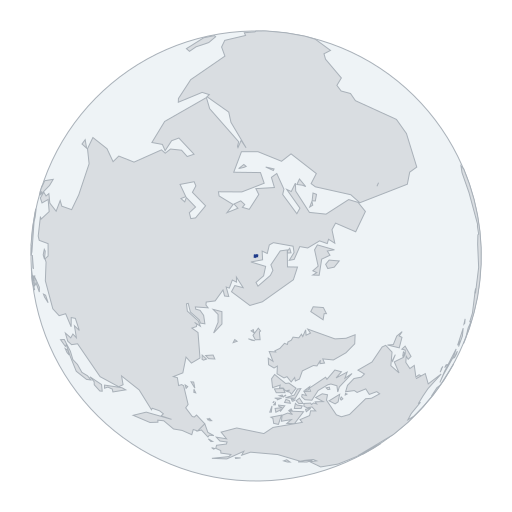 globe centered on Tartu, rotated 185°
{"feature_id": "EST-1659", "entity_name": "Tartu", "entity_type": "County", "adm_level": 1, "iso_a3": "EST", "parent_name": "Estonia", "parent_adm1": "", "projection": "orthographic", "projection_center": [26.767, 58.415], "detail": "fine", "context": "on_globe", "style": "filled", "palette": "blue", "viewbox_px": 512, "rotation_deg": 185, "n_neighbors": 0, "source": "natural_earth", "source_scale": "10m", "svg_char_len": 11558}
<svg xmlns="http://www.w3.org/2000/svg" viewBox="0 0 512 512"><g transform="rotate(185 256 256)"><circle cx="256" cy="256" r="225" fill="#eef3f6" stroke="#a8b0b8"/><path d="M103.4,90.3L103.6,90.1L136.9,66.1L115.1,80.2L122.3,74.7L132.7,67.6L131.3,68.7L145.2,61.4L156.1,55.9L173.2,51.5L184.2,55.7L177.8,57.2L181.2,58.3L189.5,56.7L194.1,55.4L217.0,60.1L244.3,60.1L252.9,56.3L251.1,60.4L267.4,51.3L282.3,50.6L265.5,53.8L263.7,56.1L273.8,56.6L274.2,59.1L279.3,60.9L278.8,64.0L269.1,66.1L268.6,68.2L275.8,68.5L279.8,72.1L269.4,71.3L275.4,77.5L260.2,83.0L232.7,79.8L224.1,86.7L195.4,94.3L197.9,96.8L188.7,101.7L188.1,106.5L183.0,106.9L187.0,110.5L191.8,109.2L195.2,110.5L195.3,113.3L188.8,114.2L187.8,112.9L185.9,114.6L182.6,113.9L184.3,115.9L176.3,116.8L184.3,120.2L178.0,124.5L172.7,124.0L173.2,118.5L162.1,104.8L156.9,103.3L149.0,106.3L134.3,123.4L128.6,124.3L120.8,129.5L123.9,131.4L131.1,128.0L135.1,133.2L143.4,128.9L146.3,130.5L154.9,128.6L153.6,135.1L147.7,142.5L140.5,144.5L137.7,147.9L144.5,151.2L131.2,160.5L122.4,176.4L119.0,178.3L112.1,172.1L112.1,158.5L103.3,152.0L109.0,162.6L100.2,167.9L98.8,171.6L99.2,175.3L102.6,175.9L99.6,179.2L92.8,169.5L95.4,166.4L97.6,169.3L97.5,163.1L92.9,157.3L88.8,160.8L86.2,149.4L83.2,151.9L81.0,151.0L85.9,147.7L77.1,153.6L73.3,143.6L61.2,154.6L73.1,138.9L77.4,131.2L81.5,123.0L79.4,124.6L87.6,112.6L90.4,106.1L84.7,110.1L76.5,119.9L68.1,132.1L68.7,132.3L64.3,140.6L60.8,143.7L52.0,161.1L49.7,165.6L57.9,148.8L67.4,132.8L78.2,117.7L90.2,103.4L103.4,90.3ZM41.7,186.6L39.5,193.7L39.5,195.2L38.4,202.8L36.0,209.5L37.3,209.2L35.4,218.1L34.7,238.5L34.1,238.4L33.2,264.0L36.2,286.9L36.8,296.4L36.1,297.2L38.0,304.9L38.1,307.1L49.3,337.6L58.0,356.9L59.7,363.7L56.4,360.4L56.9,361.4L49.8,346.7L43.7,331.4L38.8,315.8L35.0,299.9L32.4,283.7L31.0,267.4L30.8,251.0L31.7,234.6L33.9,218.4L37.2,202.3L41.7,186.6ZM58.3,157.0L48.5,180.9L50.9,170.7L51.0,171.8L54.1,164.9L58.9,154.2L61.8,146.0L58.3,157.0ZM61.0,160.0L62.4,156.3L61.5,159.5L61.0,160.0ZM196.1,54.5L189.6,56.5L182.0,57.2L187.3,55.2L196.1,54.5ZM210.6,54.3L207.6,55.7L204.1,53.7L206.9,53.5L210.6,54.3ZM259.0,53.3L253.7,53.5L258.7,52.5L259.0,53.3ZM280.1,60.6L281.4,59.9L283.5,61.2L280.1,60.6ZM155.0,125.3L154.9,126.9L153.3,126.4L155.0,125.3ZM158.8,123.0L157.0,121.3L158.6,119.9L159.6,121.0L158.8,123.0ZM284.7,67.2L287.6,69.7L283.0,67.5L284.7,67.2ZM160.6,125.5L161.5,117.8L164.3,115.6L170.6,118.1L160.6,125.5ZM288.1,71.5L295.2,77.9L298.9,76.6L292.4,84.4L288.6,76.1L282.3,73.4L286.9,73.4L288.1,71.5ZM193.3,107.6L188.2,109.1L192.3,105.3L193.3,107.6ZM195.1,105.0L203.1,92.3L210.7,91.9L206.5,96.1L216.3,93.6L216.1,99.6L210.7,102.3L205.8,101.3L209.5,104.4L195.1,105.0ZM287.7,87.8L288.0,89.8L285.8,88.1L287.7,87.8ZM196.9,110.7L197.8,108.1L204.5,107.4L203.9,112.6L201.9,111.1L196.9,110.7ZM219.0,90.2L223.8,90.8L225.0,95.7L227.1,96.7L216.8,99.7L219.0,90.2ZM200.4,112.7L203.4,115.3L200.3,118.2L196.4,113.2L200.4,112.7ZM206.5,105.1L209.6,105.1L207.7,106.8L206.5,105.1ZM191.2,130.5L192.2,127.1L195.7,126.5L191.2,130.5ZM204.7,116.0L205.7,115.0L207.2,114.5L208.4,116.7L204.7,116.0ZM218.3,103.1L217.8,105.1L222.6,102.1L223.7,105.8L216.6,107.2L220.1,108.2L220.5,109.4L214.3,109.3L218.3,103.1ZM214.3,117.4L205.7,120.8L203.1,127.1L199.8,127.8L204.6,117.6L214.3,117.4ZM214.8,112.6L213.7,115.7L210.3,114.9L208.9,112.3L214.8,112.6ZM227.0,108.0L227.1,101.8L228.7,101.7L227.0,108.0ZM214.2,119.4L216.3,118.5L214.4,119.9L214.2,119.4ZM223.8,111.6L223.7,109.4L225.4,109.3L223.8,111.6ZM220.6,118.8L217.8,119.8L216.7,118.0L220.6,118.8ZM222.6,115.6L225.0,116.1L218.0,116.7L222.2,114.6L222.6,115.6ZM225.5,111.9L226.5,111.2L225.3,112.9L225.5,111.9ZM226.1,125.2L217.5,126.4L215.2,122.4L223.9,121.6L226.1,125.2ZM226.5,479.3L215.8,477.1L199.7,467.3L205.9,463.4L203.9,458.1L186.5,440.8L190.3,433.0L185.6,427.8L176.0,426.1L170.5,419.4L164.6,417.3L128.0,404.3L116.8,391.1L103.6,358.6L110.2,352.9L111.5,340.7L157.2,318.1L166.9,325.3L202.9,330.1L207.4,332.9L203.1,343.4L230.0,360.8L238.8,352.6L263.2,360.1L279.6,358.6L285.5,337.5L258.8,339.5L254.2,329.2L275.7,318.6L299.0,316.7L298.0,312.6L283.3,305.3L288.7,296.6L278.2,302.0L282.4,305.9L276.0,309.6L271.7,306.3L273.8,303.3L266.8,301.9L258.6,317.5L262.0,323.1L243.6,325.8L247.5,335.7L242.5,340.0L234.0,325.0L234.8,319.6L219.0,301.7L216.4,307.5L231.2,325.0L226.5,323.3L223.1,332.0L222.1,324.1L206.6,304.1L189.9,303.8L168.6,320.3L159.0,318.3L150.9,309.9L158.8,288.8L179.6,295.7L182.6,288.8L178.6,275.6L185.2,279.0L186.1,274.6L194.0,276.6L205.2,268.5L213.2,269.2L217.7,255.9L222.5,254.6L218.4,262.8L219.9,269.0L239.8,270.8L243.7,268.2L245.0,259.5L250.3,261.4L249.1,252.8L260.6,249.6L245.5,246.5L246.7,236.9L253.7,229.7L251.4,226.1L240.0,237.9L237.9,243.2L240.4,248.5L232.3,263.2L225.4,264.8L223.7,247.9L213.7,248.6L216.7,235.6L245.7,210.9L257.8,206.2L277.3,218.3L274.5,224.7L266.0,223.3L273.7,233.3L273.1,228.3L277.5,230.0L279.8,221.7L283.0,222.5L279.6,213.3L283.8,213.4L285.9,219.3L292.8,207.7L301.6,205.8L301.6,202.8L299.2,200.2L312.0,200.0L311.4,197.8L307.0,197.0L303.0,192.3L301.0,184.0L305.5,184.3L306.9,187.4L316.5,194.5L319.4,202.9L321.1,202.3L319.6,195.1L307.9,186.3L305.3,181.2L311.4,184.5L309.0,182.9L309.2,180.5L313.6,178.6L307.1,174.7L302.9,149.5L311.0,143.7L316.9,149.2L318.7,133.2L327.8,128.7L323.7,127.9L321.8,120.2L318.9,121.4L316.8,120.5L310.7,102.2L312.8,98.6L305.5,90.5L303.4,90.2L301.4,92.4L292.4,84.4L298.9,76.6L303.4,77.7L304.4,72.4L314.4,75.8L323.1,76.5L333.5,83.8L339.5,83.9L339.2,81.9L347.1,80.9L364.5,86.6L351.7,90.9L325.9,85.9L336.6,88.5L334.5,90.7L338.6,93.4L346.1,95.3L346.7,93.7L360.7,112.4L379.5,124.8L377.2,116.2L381.4,113.8L400.8,122.2L426.1,153.0L432.0,151.6L436.1,154.7L439.2,162.6L433.4,158.3L431.6,162.3L427.8,158.9L430.8,170.7L425.5,166.4L430.5,178.1L434.7,178.6L434.0,169.4L440.6,181.9L446.9,179.4L453.8,185.7L463.7,213.0L464.6,231.6L465.9,234.8L463.1,237.9L464.2,250.2L473.3,252.7L474.7,256.9L474.2,276.5L473.3,274.0L465.9,282.2L468.0,294.2L473.8,290.2L475.9,295.0L473.0,301.1L470.4,297.5L467.8,300.1L466.0,290.7L459.0,283.2L455.9,294.2L453.8,288.7L443.7,286.1L437.9,301.5L430.3,333.3L433.2,348.2L428.8,359.8L413.8,349.9L406.6,337.5L401.4,343.6L385.7,338.9L359.4,353.5L355.4,350.5L350.5,355.1L339.4,354.9L333.2,349.1L326.6,352.0L343.1,366.8L350.1,363.5L355.7,353.0L359.0,359.0L369.6,360.0L358.7,382.1L319.2,409.5L315.0,398.7L283.2,368.3L284.0,363.7L283.8,363.2L283.4,362.4L280.9,369.9L275.3,362.9L292.6,387.0L295.7,397.0L318.7,410.4L316.6,412.7L323.9,414.3L346.8,402.4L347.0,406.1L336.4,426.0L304.4,452.4L308.5,461.2L305.9,468.1L285.6,474.8L287.1,477.4L276.5,479.2L275.7,480.1L267.1,481.0L265.0,481.1L245.7,481.0L226.5,479.3ZM141.6,336.0L140.3,339.7L141.6,336.0ZM324.1,324.6L337.9,320.7L331.1,309.0L335.8,306.7L331.7,303.7L330.5,308.2L320.5,299.5L326.2,293.3L324.2,287.6L319.5,288.7L310.6,301.6L324.9,313.9L322.0,320.6L324.1,324.6ZM34.8,239.1L34.4,242.9L34.3,239.6L34.8,239.1ZM49.6,171.6L48.3,175.7L47.1,178.8L47.7,176.0L49.6,171.6ZM42.9,206.2L42.2,211.6L42.2,207.1L42.9,206.2ZM47.4,184.6L43.3,202.2L43.4,194.3L46.3,183.4L45.3,189.5L47.4,184.6ZM58.3,161.2L57.1,164.2L56.3,164.4L58.3,161.2ZM60.3,162.3L60.5,161.4L61.8,159.4L60.3,162.3ZM100.6,168.5L101.1,169.3L100.8,173.3L99.4,172.0L100.6,168.5ZM108.8,188.5L103.8,193.4L106.4,188.8L103.5,187.7L105.3,177.0L117.3,178.8L111.5,179.7L108.8,188.5ZM111.1,163.6L108.6,169.9L110.8,163.0L111.1,163.6ZM183.4,249.8L185.9,253.8L182.8,258.3L172.7,258.3L177.1,251.7L183.4,249.8ZM190.3,258.6L191.4,242.3L197.8,242.0L194.0,244.8L198.1,246.2L193.2,251.3L198.2,267.3L195.8,272.4L178.4,269.0L185.4,267.2L182.4,263.2L190.3,258.6ZM183.1,204.5L183.6,198.3L196.6,205.4L194.6,210.4L184.4,210.5L180.8,204.7L183.1,204.5ZM171.5,131.7L170.8,129.6L172.7,129.2L174.7,130.8L171.5,131.7ZM191.3,129.0L176.1,141.3L174.6,139.3L167.5,149.3L160.8,148.1L165.6,141.5L155.1,148.3L156.8,142.0L150.1,147.3L161.6,132.8L162.7,127.7L164.1,133.8L170.2,135.0L173.2,134.0L182.4,127.4L187.8,117.2L194.7,117.1L198.2,119.7L198.0,122.1L193.6,121.4L196.4,125.2L189.8,126.0L191.3,129.0ZM234.9,155.3L229.9,152.6L234.5,162.0L228.0,162.1L228.9,163.2L224.1,166.1L220.0,171.5L217.0,170.6L216.7,173.1L213.5,175.2L212.0,178.4L206.2,178.2L203.9,182.1L202.4,179.8L200.1,186.8L199.2,181.5L195.0,183.9L198.1,187.7L170.1,180.3L159.1,181.9L150.4,186.2L150.0,177.1L158.0,167.4L169.8,159.2L180.5,159.3L178.4,155.3L182.9,154.3L182.7,157.8L185.7,151.8L189.3,151.9L199.8,145.6L202.0,137.2L205.9,134.9L206.9,138.3L210.0,133.6L214.6,138.5L217.5,137.0L224.8,140.5L225.1,148.2L228.3,146.0L234.0,148.8L234.9,155.3ZM228.0,126.3L229.8,135.1L227.1,139.6L215.4,131.6L212.2,132.3L204.6,127.8L208.7,121.4L210.5,123.3L213.2,123.6L210.8,125.4L214.8,124.2L217.3,126.8L221.1,126.6L220.6,129.5L228.0,126.3ZM212.5,329.5L216.0,330.6L221.5,330.8L219.4,336.5L212.5,329.5ZM201.7,316.0L204.9,315.9L204.7,323.7L201.1,322.7L201.7,316.0ZM206.8,309.4L205.1,315.3L203.9,311.6L206.8,309.4ZM221.4,262.2L224.8,261.7L225.1,263.8L223.1,266.6L221.4,262.2ZM247.4,184.3L244.9,181.7L246.0,180.6L244.6,173.0L249.4,172.5L252.1,176.8L247.4,184.3ZM280.9,341.6L276.1,346.1L273.6,344.4L275.8,343.2L280.9,341.6ZM246.2,342.7L254.1,345.5L245.6,344.3L246.2,342.7ZM252.3,182.4L251.2,179.3L254.3,181.0L252.3,182.4ZM252.8,171.7L256.4,172.9L249.8,171.5L252.8,171.7ZM343.4,456.5L327.0,468.9L316.6,471.9L315.3,470.9L321.7,464.5L333.9,459.2L340.1,454.1L343.4,456.5ZM475.3,307.5L476.2,303.6L476.7,301.0L475.3,307.5ZM476.0,304.3L473.0,312.6L464.7,314.7L467.8,308.3L475.6,298.7L475.2,301.7L477.1,297.7L476.0,304.3ZM479.9,280.6L479.5,283.9L479.2,281.2L479.4,275.6L480.1,270.9L479.6,240.6L480.1,236.8L480.9,247.5L481.1,246.8L481.1,263.7L479.9,280.6ZM434.2,348.7L439.1,352.4L436.3,357.0L434.2,348.7ZM477.2,224.8L478.9,237.5L476.6,223.7L477.2,224.8ZM474.5,214.2L475.5,216.4L474.7,216.9L474.5,214.2ZM468.1,238.6L467.5,244.2L466.4,242.5L466.4,234.3L468.1,238.6ZM459.0,191.3L463.1,196.7L464.4,199.5L462.2,198.6L459.0,191.3ZM291.5,175.6L288.0,186.6L288.7,194.5L294.1,199.1L285.1,197.6L284.0,185.3L291.5,175.6ZM301.0,152.6L296.3,149.0L299.2,147.7L300.7,148.3L301.0,152.6ZM297.5,152.5L290.1,153.6L288.0,149.8L294.3,149.6L297.5,152.5ZM271.2,167.7L269.9,170.9L267.4,169.4L271.2,167.7ZM477.7,215.9L477.6,217.3L478.6,224.1L475.5,207.6L476.3,208.9L477.7,215.9ZM475.9,211.2L477.0,217.6L475.2,209.1L475.9,211.2ZM476.6,217.4L475.6,214.9L475.3,211.5L476.6,217.4ZM475.6,208.8L473.5,202.8L474.4,203.9L475.6,208.8ZM472.7,209.9L474.1,206.5L474.2,215.2L469.1,206.0L468.7,201.2L472.7,209.9ZM438.0,147.1L435.3,145.7L433.4,141.0L435.8,143.3L438.0,147.1ZM425.0,125.5L432.1,139.4L437.3,151.1L438.0,149.3L443.4,155.6L439.7,156.1L432.6,144.9L429.4,136.8L424.4,132.4L419.3,124.9L413.4,122.0L409.7,118.1L414.1,118.3L425.0,125.5ZM410.9,121.2L398.7,114.5L397.4,107.9L399.8,107.9L405.9,113.6L406.3,116.7L410.9,121.2ZM395.4,111.1L395.6,114.2L378.1,113.1L374.1,111.3L386.7,108.1L387.6,110.9L392.1,112.5L395.4,111.1ZM290.3,89.5L288.2,89.8L289.3,88.3L290.3,89.5ZM315.3,121.4L312.6,119.9L314.1,118.0L315.3,121.4ZM306.0,114.7L306.2,117.9L304.1,114.4L306.0,114.7ZM307.1,125.0L305.4,119.0L309.8,125.0L307.1,125.0Z" fill="#d9dde1" stroke="#a8b0b8" stroke-width="1"/><path d="M257.4,254.8L257.4,255.0L257.5,255.5L257.6,256.1L257.5,256.4L257.5,256.6L257.5,256.8L257.2,256.8L257.0,256.7L256.8,256.6L256.7,256.6L256.4,256.7L256.2,256.7L256.2,256.8L255.9,256.9L255.8,257.0L255.7,256.9L255.7,257.0L255.4,257.0L255.2,257.0L255.2,256.9L255.1,257.0L254.9,257.1L254.6,257.1L254.5,256.7L254.5,256.4L254.6,256.2L254.8,256.0L254.7,255.7L254.8,255.7L255.1,255.5L255.3,255.5L255.5,255.5L255.8,255.4L255.9,255.5L256.1,255.4L256.2,255.1L256.3,255.2L256.5,255.3L256.5,255.2L256.8,254.9L257.4,254.8L257.4,254.8Z" fill="#3b82f6" stroke="#1e3a8a" stroke-width="1.5"/></g></svg>